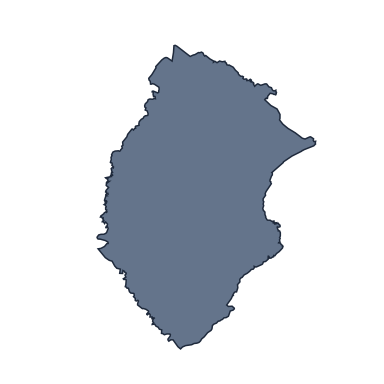 Mananara-Avaratra, Analanjirofo, Madagascar (Natural Earth projection), rotated 38°
{"feature_id": "10022922B77596397547877", "entity_name": "Mananara-Avaratra", "entity_type": "district", "adm_level": 2, "iso_a3": "MDG", "parent_name": "Madagascar", "parent_adm1": "Analanjirofo", "projection": "natural_earth1", "projection_center": [49.534, -16.235], "detail": "fine", "context": "isolated", "style": "filled", "palette": "slate", "viewbox_px": 384, "rotation_deg": 38, "n_neighbors": 0, "source": "geoboundaries", "source_scale": "gbopen_adm2", "svg_char_len": 6029}
<svg xmlns="http://www.w3.org/2000/svg" viewBox="0 0 384 384"><g transform="rotate(38 192 192)"><path d="M87.7,87.8L91.6,93.6L95.7,101.1L90.1,101.4L88.7,102.0L87.7,103.5L86.9,106.5L86.2,115.4L87.2,116.4L88.1,124.3L87.9,129.0L89.2,130.2L91.0,130.5L92.9,132.5L93.8,131.8L94.2,130.9L96.1,130.2L101.4,129.8L102.9,131.3L103.5,132.9L104.3,133.7L104.0,135.0L99.4,136.3L98.7,137.0L98.9,137.6L99.6,137.2L100.3,137.6L101.1,138.9L103.0,140.5L103.4,139.8L104.1,139.5L105.7,141.0L104.9,141.3L103.8,143.2L101.5,144.7L100.6,146.2L101.3,148.1L100.9,151.4L101.6,153.2L102.5,154.1L103.9,154.1L104.6,156.2L106.8,155.7L109.3,157.4L110.0,158.9L108.3,160.7L107.8,162.1L108.1,164.2L107.3,165.8L107.1,169.0L108.1,170.9L109.2,172.1L107.1,174.8L107.2,175.6L108.3,176.4L107.7,177.3L107.7,179.2L106.2,179.1L105.9,179.4L105.8,186.1L106.7,188.6L106.6,195.4L108.8,197.7L108.4,199.2L110.1,200.3L109.8,202.4L110.1,203.5L109.8,204.5L108.7,204.8L106.2,207.1L105.1,209.2L105.7,212.2L106.5,212.6L106.9,214.6L108.4,216.1L109.4,218.9L110.0,219.0L110.8,218.4L112.1,219.1L112.3,220.2L114.8,220.6L115.1,221.4L114.5,221.4L114.1,222.0L114.0,223.5L115.2,224.1L115.6,224.9L117.2,225.4L116.7,226.4L116.9,227.0L119.1,227.6L119.1,227.9L117.6,228.6L117.8,229.4L118.8,229.6L115.1,234.0L115.7,234.1L116.5,233.0L117.3,232.7L117.0,234.0L118.4,234.3L119.5,235.5L120.2,234.8L119.7,236.8L118.8,236.3L118.8,237.2L120.4,239.7L123.5,239.8L123.3,243.6L123.8,245.0L124.5,244.7L124.7,245.3L125.7,245.5L126.5,244.8L127.1,245.3L126.0,246.0L125.7,247.0L125.9,247.5L127.2,247.4L126.5,248.1L128.1,252.4L128.6,252.7L129.7,251.7L130.6,251.8L130.9,252.4L129.5,253.0L130.5,254.1L131.3,253.9L131.3,254.6L130.7,255.0L130.5,256.0L131.5,255.6L132.1,256.1L133.3,256.2L133.6,256.6L133.5,257.4L134.7,258.9L135.9,258.7L136.2,259.9L137.2,260.0L137.2,260.8L136.3,261.0L135.7,262.3L135.9,263.4L134.9,267.1L135.3,268.1L136.1,267.3L137.8,268.0L138.1,267.3L138.7,268.2L140.1,268.8L139.4,270.1L139.6,270.7L140.6,270.0L142.6,270.7L142.3,268.9L142.7,268.8L145.2,269.3L145.9,270.7L145.6,271.8L145.9,273.0L146.3,273.1L146.3,272.0L146.9,271.5L148.4,272.4L149.6,276.3L149.5,277.7L148.6,279.5L146.2,281.5L144.9,283.3L145.0,286.1L146.3,286.9L147.1,286.8L148.6,285.7L153.6,283.6L156.6,283.2L157.6,284.2L156.7,285.1L156.6,288.8L155.0,292.4L153.0,294.6L164.1,297.1L168.8,296.8L171.6,295.7L176.7,297.9L179.7,298.4L183.0,296.9L185.1,300.6L187.5,298.9L185.9,296.4L187.7,296.1L188.7,296.7L190.1,296.4L190.5,297.1L190.3,298.7L192.3,299.8L191.3,302.7L192.1,302.9L193.2,302.0L194.3,301.8L196.9,305.7L197.7,307.7L199.0,307.4L200.0,307.8L201.2,307.0L204.1,309.1L206.0,309.3L208.5,307.8L209.0,307.9L210.3,309.2L210.3,310.5L212.7,310.7L214.1,312.4L215.2,312.2L216.0,310.7L216.9,310.8L218.0,313.7L218.7,314.5L224.7,314.5L225.5,313.7L227.9,312.8L231.0,312.6L231.6,313.2L231.4,315.9L231.8,316.3L232.5,316.2L232.8,314.7L233.4,314.1L234.8,314.6L235.8,316.4L237.5,315.1L238.3,316.3L239.4,314.6L239.9,314.6L239.6,316.4L240.6,318.2L242.2,318.6L241.9,320.3L242.2,320.9L243.9,319.1L246.1,319.9L248.6,319.4L250.7,320.2L253.0,319.3L255.0,322.2L256.2,321.6L258.1,321.5L259.6,319.3L262.1,317.5L262.8,317.7L263.5,319.0L263.6,322.8L264.6,323.6L265.6,323.8L266.3,321.5L268.1,320.2L276.2,322.6L279.6,322.7L279.9,320.0L281.5,317.0L285.8,312.5L286.9,310.1L289.0,308.0L290.1,306.3L290.4,304.2L290.1,301.7L290.8,298.6L290.9,293.3L292.2,289.3L292.0,287.6L290.3,284.6L290.6,282.6L292.0,280.2L292.2,277.6L293.3,276.5L293.9,274.4L294.4,273.8L294.7,271.4L296.2,270.0L297.2,267.5L295.4,262.2L297.1,259.8L297.3,258.0L296.8,257.5L293.9,257.3L291.1,259.8L288.9,259.7L288.6,251.8L287.8,248.7L288.2,248.2L287.6,248.0L287.2,245.2L287.6,244.0L288.6,243.3L287.1,239.3L284.9,237.0L285.1,233.3L283.6,231.7L283.4,230.7L283.6,229.1L284.1,228.4L284.1,225.2L285.5,222.2L286.3,218.9L286.4,216.6L287.8,215.0L287.7,213.2L286.8,212.3L288.5,211.8L289.0,211.2L291.8,205.9L291.9,205.1L291.3,203.1L292.8,201.4L293.4,198.1L293.3,197.4L292.9,197.5L291.6,195.7L291.9,195.4L294.1,196.2L295.0,195.4L295.7,193.1L296.1,192.9L295.5,191.7L296.5,191.3L296.5,188.4L297.4,185.3L297.8,180.5L297.4,179.4L297.0,179.4L297.1,178.8L296.2,178.4L294.5,178.5L293.2,177.8L291.5,178.8L291.4,178.5L292.1,178.1L292.0,177.2L290.3,175.7L290.2,174.5L289.4,173.9L289.3,174.6L288.7,172.3L286.7,169.7L285.1,168.8L284.0,169.4L283.9,168.9L282.8,168.8L280.8,167.3L280.7,167.0L281.2,167.1L282.7,165.4L282.5,164.6L281.5,163.9L280.7,164.1L279.3,163.5L278.2,164.8L277.7,164.0L276.7,165.1L277.3,165.9L277.0,166.3L275.8,166.1L275.8,165.0L275.2,165.0L274.7,165.8L274.3,164.6L273.0,166.0L271.0,166.1L269.0,167.6L268.2,167.7L265.6,166.6L265.2,165.9L263.3,164.8L261.8,162.9L259.5,162.5L257.8,161.3L256.9,158.6L255.5,157.7L254.5,155.4L253.4,155.1L252.2,153.4L252.0,149.3L250.7,148.3L250.1,146.2L249.4,136.6L248.1,136.0L247.8,135.4L246.9,135.5L246.1,134.6L244.8,130.4L244.8,129.1L243.3,127.2L243.0,127.3L245.8,112.6L245.5,111.9L248.7,102.0L253.3,92.3L253.3,91.5L254.0,90.7L254.1,91.0L253.9,90.4L254.4,89.4L259.5,80.7L259.8,78.1L259.1,77.7L258.2,75.9L256.9,77.2L255.8,76.7L255.0,75.2L251.5,75.5L250.8,76.2L248.5,80.6L245.9,81.7L236.9,81.8L228.5,82.8L221.8,82.6L216.6,81.3L216.0,79.8L213.6,76.7L207.9,74.2L200.9,75.3L192.5,74.5L192.4,73.1L192.9,72.2L193.4,72.4L193.8,71.8L192.7,69.8L192.8,66.1L195.1,64.9L196.7,64.6L197.5,63.7L198.1,63.8L197.9,62.7L197.0,61.8L197.1,61.4L196.1,61.1L195.4,60.2L194.6,61.7L193.5,62.2L192.1,61.9L190.4,60.9L187.8,61.8L184.3,60.9L183.0,61.8L180.5,65.6L177.3,66.2L176.6,67.6L176.3,70.1L173.8,69.0L174.0,68.6L173.3,68.0L171.8,68.1L171.1,68.7L170.4,67.9L169.9,69.6L169.7,67.5L169.3,67.2L168.5,67.3L168.1,69.1L166.6,70.4L165.9,69.4L165.1,69.5L163.7,71.0L162.9,71.2L162.2,71.1L161.6,69.6L160.6,69.7L159.1,70.8L156.8,70.7L155.6,70.3L155.0,69.6L151.2,69.3L147.7,68.3L143.0,69.1L142.7,69.7L141.0,70.3L139.7,69.2L138.6,69.5L137.5,68.7L135.6,70.8L133.1,71.8L132.1,74.7L129.5,74.9L129.0,76.5L128.4,75.5L124.2,76.1L118.8,76.0L118.4,77.0L117.3,76.9L115.0,75.7L113.4,75.9L112.3,77.5L111.2,78.2L109.7,82.0L108.7,83.2L107.1,86.3L90.5,86.4L88.4,86.8L87.7,87.8Z" fill="#64748b" stroke="#1e293b" stroke-width="1.5"/></g></svg>